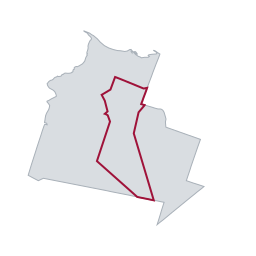 Adrar on a map of Mauritania (Albers equal-area conic projection), rotated 109°
{"feature_id": "MRT-2795", "entity_name": "Adrar", "entity_type": "Region", "adm_level": 1, "iso_a3": "MRT", "parent_name": "Mauritania", "parent_adm1": "", "projection": "albers", "projection_center": [-10.597, 21.416], "detail": "fine", "context": "in_parent", "style": "outline", "palette": "rose", "viewbox_px": 256, "rotation_deg": 109, "n_neighbors": 0, "source": "natural_earth", "source_scale": "10m", "svg_char_len": 3771}
<svg xmlns="http://www.w3.org/2000/svg" viewBox="0 0 256 256"><g transform="rotate(109 128 128)"><path d="M110.0,218.0L109.7,217.9L108.2,216.8L107.5,215.6L106.3,214.6L104.7,214.0L103.7,213.3L103.2,212.5L102.6,211.9L101.9,211.6L101.9,211.3L102.0,211.0L101.9,210.2L101.0,208.6L100.1,207.8L99.3,207.9L98.9,207.7L98.6,207.4L98.5,206.8L98.0,206.4L97.1,206.1L96.4,204.9L95.9,202.7L95.2,201.0L94.4,199.7L93.8,199.2L93.3,199.1L93.2,198.9L93.1,198.6L92.4,198.4L91.4,198.8L90.6,198.7L90.2,198.0L89.6,198.0L88.8,198.5L88.0,198.3L87.1,197.5L86.6,196.7L86.6,195.9L85.0,194.3L82.1,191.9L78.9,190.7L75.3,190.8L73.4,190.6L72.9,190.2L72.5,190.3L72.1,190.7L71.6,190.8L71.1,190.5L70.8,190.7L70.7,191.3L69.4,191.5L67.0,191.5L65.1,191.8L63.6,192.5L61.6,192.7L58.9,192.5L57.3,192.2L56.8,191.7L56.0,191.6L55.0,191.8L54.1,192.9L53.2,195.0L52.6,196.2L52.0,196.4L51.4,198.0L51.0,200.6L50.5,201.7L50.8,195.2L51.6,192.8L51.9,190.7L53.7,186.0L55.8,182.3L57.8,177.2L58.6,172.3L58.6,167.4L58.2,163.1L57.4,160.2L56.7,156.0L55.5,153.8L53.2,151.8L52.7,150.6L53.3,150.3L54.7,150.0L55.7,148.6L53.7,149.1L56.1,144.6L56.9,141.5L56.9,139.5L57.3,138.2L55.8,135.4L54.6,132.0L53.9,131.4L53.3,131.1L53.2,131.9L52.8,132.6L52.0,132.1L50.6,129.6L48.8,125.4L48.1,125.0L47.5,125.5L47.1,126.0L46.3,129.4L46.1,128.0L46.5,126.5L47.1,124.5L47.7,121.9L49.5,121.9L52.6,122.0L58.8,122.3L61.9,122.4L68.0,122.6L71.1,122.6L77.3,122.8L80.4,122.9L86.6,123.0L89.7,123.1L95.9,123.2L99.0,123.3L101.1,123.3L101.0,121.3L100.9,119.8L100.8,117.8L100.7,115.7L100.6,113.7L100.5,111.7L100.5,109.8L100.4,108.0L100.3,106.4L100.1,105.4L99.5,103.6L99.4,102.6L99.6,101.7L100.0,100.7L101.3,99.1L103.1,97.8L105.2,96.3L106.8,95.2L107.6,94.9L110.1,94.6L112.1,93.7L114.0,92.9L114.8,92.5L114.9,90.9L115.2,55.8L124.5,55.9L126.9,55.9L144.0,55.9L146.4,55.8L158.8,55.7L158.8,54.1L158.8,51.7L158.8,48.5L158.7,45.2L158.6,39.5L158.6,37.1L161.1,38.6L166.0,41.8L168.5,43.3L173.4,46.4L178.4,49.5L183.4,52.6L185.9,54.1L188.4,55.7L190.9,57.2L193.4,58.8L198.4,61.8L200.5,63.1L203.8,65.1L206.8,67.1L209.9,69.0L205.3,69.1L199.1,69.3L194.9,69.5L190.6,69.6L186.5,69.7L187.0,73.0L187.4,76.6L187.9,80.2L188.4,83.8L188.9,87.4L190.3,98.2L190.8,101.8L191.2,105.4L191.7,109.0L192.2,112.6L193.2,119.8L193.7,123.4L194.1,127.0L194.6,130.6L195.1,134.2L195.6,137.8L196.6,145.0L197.1,148.6L197.6,152.2L198.1,155.8L198.6,159.4L199.1,163.0L199.6,166.6L200.1,170.2L201.1,177.3L201.6,180.9L202.1,184.5L202.6,188.1L203.1,191.6L204.8,193.4L207.0,195.6L206.5,198.9L205.9,202.8L205.2,207.0L199.4,207.2L193.7,207.4L179.3,207.7L176.5,207.8L162.1,208.0L159.3,208.1L153.7,208.1L152.1,208.0L151.5,207.7L151.3,205.5L150.8,205.7L150.2,206.3L149.9,207.0L150.0,207.9L150.0,208.7L148.1,209.0L145.6,209.5L143.0,209.9L140.4,209.8L139.5,209.6L138.5,209.4L136.4,209.0L135.2,209.0L133.9,209.1L132.4,209.3L131.9,209.7L130.7,211.3L129.6,213.2L128.8,213.2L128.0,212.1L125.7,210.2L123.0,207.6L121.7,206.3L121.1,206.1L119.7,207.0L118.6,207.9L117.4,209.2L116.9,210.4L116.4,211.8L116.2,213.4L115.8,215.4L114.8,216.9L113.7,218.1L112.8,218.6L112.5,218.9L110.0,218.0ZM54.8,145.7L53.9,147.1L53.6,146.5L53.4,145.6L54.3,144.3L54.7,143.6L55.3,143.4L54.8,145.7Z" fill="#d9dde1" stroke="#a8b0b8" stroke-width="1"/><path d="M83.8,123.0L87.6,123.0L91.3,123.1L94.5,123.2L97.0,123.2L98.6,123.2L99.1,123.3L101.1,123.3L101.0,120.9L100.9,119.7L101.0,119.7L101.3,119.8L109.7,123.1L131.2,120.8L188.0,80.1L188.1,81.1L188.4,83.0L188.6,85.0L188.7,85.9L189.0,87.7L189.2,89.4L189.4,91.1L189.7,92.9L189.9,94.6L190.1,96.4L190.2,96.8L190.1,97.0L169.6,146.2L169.4,146.6L128.1,147.1L127.8,147.1L122.7,151.2L122.5,151.5L122.1,153.9L122.1,154.5L119.0,152.7L116.0,154.7L109.8,158.8L108.2,160.5L105.2,163.7L97.4,157.1L84.0,156.8L84.1,152.8L84.2,150.6L85.6,126.1L85.4,125.7L83.8,123.0Z" fill="none" stroke="#9f1239" stroke-width="2"/></g></svg>